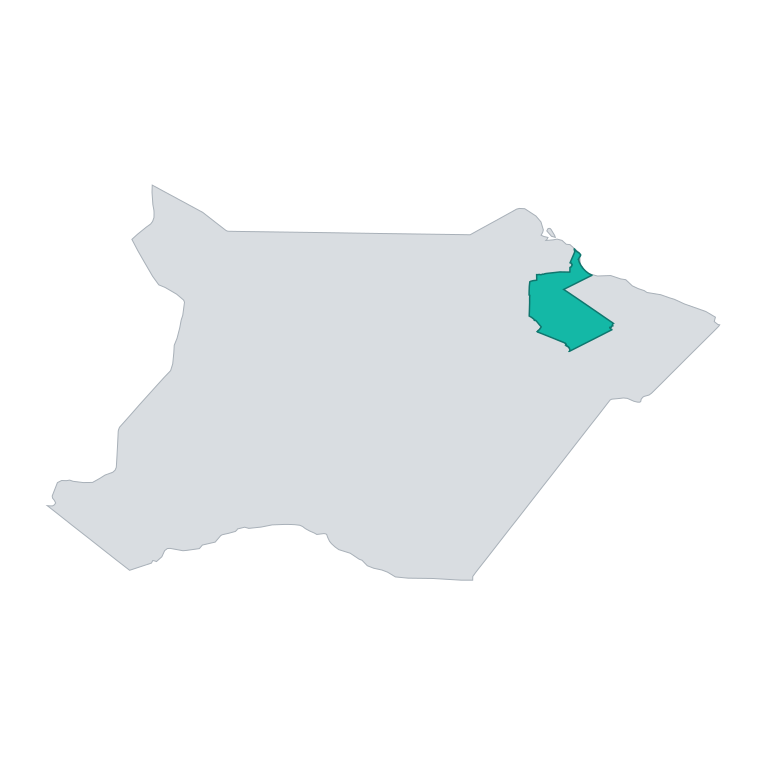 Garsen, Coast, Kenya (highlighted), rotated 271°
{"feature_id": "3690345B81879504162306", "entity_name": "Garsen", "entity_type": "district", "adm_level": 2, "iso_a3": "KEN", "parent_name": "Kenya", "parent_adm1": "Coast", "projection": "equal_earth", "projection_center": [39.873, -2.426], "detail": "fine", "context": "in_parent", "style": "filled", "palette": "teal", "viewbox_px": 768, "rotation_deg": 271, "n_neighbors": 0, "source": "geoboundaries", "source_scale": "gbopen_adm2", "svg_char_len": 6804}
<svg xmlns="http://www.w3.org/2000/svg" viewBox="0 0 768 768"><g transform="rotate(271 384 384)"><path d="M189.4,476.1L189.2,464.9L190.4,436.4L190.3,411.4L191.3,398.8L195.9,390.9L198.0,385.1L199.6,377.0L202.0,370.5L207.4,365.1L208.4,362.2L214.2,353.2L217.6,341.7L220.3,337.8L223.5,334.2L225.8,332.3L229.6,330.4L232.6,329.3L233.1,328.4L233.4,326.6L232.4,319.4L233.7,317.1L235.7,312.3L238.0,307.9L240.1,305.1L241.3,302.2L241.8,297.2L241.9,293.6L241.9,287.8L241.2,274.7L238.8,263.6L237.3,251.3L238.4,247.2L236.5,240.0L235.6,239.6L234.0,238.0L232.0,231.2L230.5,225.0L229.6,223.4L223.0,218.0L219.8,205.2L216.2,202.3L214.2,189.6L213.8,185.9L215.9,173.2L215.7,170.3L213.6,167.6L207.4,164.9L202.5,159.6L203.1,157.8L203.5,155.9L200.9,154.6L193.3,132.9L203.1,119.8L213.1,106.6L225.8,89.9L237.4,74.5L247.5,61.3L256.5,49.4L256.3,51.7L256.3,54.7L257.4,56.5L259.3,57.8L261.8,56.5L264.1,54.6L266.2,54.2L279.7,59.2L281.9,63.4L281.8,68.1L282.4,71.4L281.3,74.8L280.2,85.0L280.5,94.3L284.5,101.2L288.1,106.7L291.0,114.3L293.1,116.6L296.0,117.8L305.2,118.2L318.9,118.7L332.1,119.1L333.3,119.3L336.1,120.3L348.2,130.7L359.3,140.1L368.7,148.3L377.9,156.3L386.7,164.0L393.6,170.4L400.4,172.4L411.4,173.3L419.1,173.6L426.1,176.3L436.6,178.8L444.4,180.1L449.2,181.6L462.3,183.1L464.4,182.2L470.2,175.1L476.7,163.5L479.2,157.1L487.6,150.8L502.3,141.9L512.7,135.7L524.2,129.4L529.4,134.9L536.7,143.6L539.9,147.9L542.5,149.8L546.4,151.1L551.2,151.1L553.8,150.9L559.2,149.8L571.6,148.7L578.8,148.8L572.8,160.4L565.6,174.3L552.4,199.8L542.3,213.2L534.7,223.4L534.0,225.2L534.0,236.5L534.1,264.2L534.3,319.6L534.4,375.0L534.6,430.4L534.7,458.2L534.7,467.5L541.4,479.1L547.9,490.5L556.5,505.5L561.2,513.6L561.9,516.3L561.7,521.7L554.6,533.0L548.8,538.1L540.9,540.6L538.6,540.1L535.5,538.5L534.3,541.2L533.4,545.4L531.6,544.5L530.3,543.3L531.1,550.8L531.9,554.5L530.7,559.5L526.9,563.8L526.6,567.5L518.3,577.2L506.7,578.2L500.5,583.0L497.8,587.0L495.7,595.5L496.4,608.7L493.2,618.8L492.5,623.9L486.5,630.5L483.8,636.5L481.9,642.6L480.1,645.3L478.1,659.1L475.3,667.4L474.5,670.2L473.8,672.7L471.7,677.6L470.2,680.9L469.2,683.2L462.1,704.5L456.6,714.2L452.2,713.1L449.3,716.8L449.0,718.6L447.5,717.6L443.8,714.1L436.3,706.8L428.8,699.5L421.4,692.3L413.9,685.0L406.4,677.8L398.9,670.5L391.4,663.3L383.9,656.0L379.5,651.7L377.6,649.2L376.1,644.2L375.3,643.0L373.3,641.4L371.0,641.0L370.3,640.1L370.3,637.7L371.1,634.2L373.9,627.5L374.2,623.6L373.6,619.2L372.8,612.0L372.0,610.4L367.1,606.7L356.6,598.9L346.2,591.0L335.8,583.2L325.4,575.4L315.0,567.6L304.6,559.8L294.2,552.0L283.8,544.1L273.4,536.3L263.0,528.5L252.6,520.7L242.2,512.8L231.8,505.0L221.4,497.2L211.0,489.4L200.6,481.5L196.7,478.6L193.1,476.1L189.4,476.1ZM535.4,552.1L533.6,552.7L534.6,548.9L539.9,544.1L542.1,545.2L542.5,546.3L542.4,547.3L541.5,548.3L535.4,552.1Z" fill="#d9dde1" stroke="#a8b0b8" stroke-width="1"/><path d="M438.8,536.1L438.1,538.2L428.2,564.1L427.9,564.2L427.8,564.4L427.8,564.7L427.8,564.8L427.7,564.9L427.6,565.0L427.4,565.1L427.3,564.9L427.2,564.9L426.9,564.9L426.8,565.0L426.7,565.0L426.3,565.3L426.3,565.5L426.2,565.5L426.1,565.4L426.1,565.5L425.9,565.6L425.7,565.7L425.4,565.6L425.3,565.8L425.3,566.0L425.2,566.0L425.2,566.3L425.1,566.6L424.9,566.7L424.9,566.8L424.7,567.0L424.6,567.3L424.4,567.3L424.3,567.5L424.2,567.6L424.3,567.6L424.2,567.8L423.9,567.9L423.8,568.0L423.6,568.1L423.7,568.3L423.5,568.5L423.4,568.5L423.1,568.7L422.9,568.8L422.4,568.9L422.1,569.0L421.6,569.2L421.2,569.2L420.7,569.2L420.3,569.1L420.2,568.9L419.9,568.7L419.9,568.8L441.8,610.1L442.0,610.2L442.0,610.4L442.1,610.7L442.1,610.8L442.3,610.9L442.5,610.8L442.5,610.7L442.5,610.4L442.6,610.2L443.0,610.0L443.1,609.9L443.3,609.8L443.4,609.6L443.5,609.2L444.0,608.9L444.3,608.7L444.5,608.7L444.5,608.8L444.6,609.4L444.7,609.8L444.7,610.1L444.8,610.2L445.0,610.2L445.1,610.5L445.3,610.6L445.4,610.4L445.5,610.4L445.7,610.6L445.8,610.9L446.1,611.3L446.2,611.7L446.2,611.8L446.3,611.8L446.4,611.7L446.5,611.6L446.7,611.2L446.8,611.2L446.9,611.3L447.0,611.5L447.4,611.6L447.7,611.5L447.8,611.5L448.1,611.7L448.2,611.8L448.4,611.7L448.6,611.7L448.8,611.8L448.8,612.0L448.9,611.9L449.3,611.4L450.3,609.8L451.8,607.5L462.8,590.9L473.4,574.8L481.7,562.0L495.7,588.8L496.0,589.5L496.1,589.8L496.3,590.0L496.5,590.0L496.6,589.9L496.7,589.6L496.7,589.4L496.9,589.0L497.7,587.4L498.1,586.7L498.6,586.0L499.0,585.4L499.7,584.6L499.7,584.4L499.8,584.2L500.0,584.1L501.3,582.7L501.6,582.4L502.5,581.5L503.0,581.1L503.4,580.8L503.5,580.7L503.6,580.4L503.8,580.4L504.1,580.3L505.0,579.6L505.7,579.0L506.3,578.7L507.6,578.0L508.2,577.6L508.7,577.4L509.0,577.2L509.9,576.9L510.8,576.7L511.3,576.6L512.2,576.6L512.3,576.5L512.4,576.4L512.0,576.1L511.9,576.1L512.0,576.0L512.3,576.2L512.4,576.3L512.5,576.3L512.7,576.5L513.2,576.8L513.3,576.8L513.8,577.1L514.1,577.1L514.3,577.3L514.5,577.5L514.9,577.8L515.1,577.9L515.6,578.1L515.9,578.1L516.0,578.2L516.0,578.3L516.3,578.4L516.5,578.4L516.9,578.2L517.0,578.0L517.4,577.8L518.1,577.1L518.4,576.7L518.6,576.5L519.0,575.8L519.5,575.0L520.0,574.2L520.4,573.8L520.6,573.6L521.0,573.2L521.3,572.9L522.8,571.7L521.7,571.9L521.1,572.1L520.8,572.1L519.5,572.4L519.4,572.4L508.6,568.0L508.6,568.4L508.5,568.6L508.3,568.8L508.2,568.8L508.2,569.0L507.7,569.2L507.7,569.4L507.5,569.5L507.4,569.5L507.1,569.6L506.9,569.7L506.9,569.8L506.8,570.0L506.7,570.0L506.7,569.9L506.4,570.0L506.1,569.9L505.9,569.8L505.7,569.8L505.7,569.7L505.3,569.5L505.2,569.5L504.9,569.3L504.8,569.2L504.7,569.1L504.3,569.0L504.3,568.9L504.2,568.9L504.1,568.7L503.9,568.4L503.9,568.1L503.8,567.9L499.3,567.9L499.1,567.8L499.1,558.0L499.1,557.7L499.0,557.2L497.3,544.0L497.2,543.7L497.1,543.2L497.0,542.7L496.7,542.1L496.5,541.7L496.6,541.1L496.6,540.8L496.6,540.7L496.5,540.3L496.1,539.4L496.0,539.1L496.0,538.9L496.1,538.1L496.2,537.8L496.2,537.2L496.0,535.3L496.0,534.7L490.5,534.9L490.4,534.6L490.2,533.3L490.0,531.7L489.9,531.1L489.2,528.7L488.8,528.3L488.7,528.0L484.3,527.6L479.9,527.5L475.5,527.5L475.2,528.2L472.4,528.1L467.8,528.2L459.3,528.1L454.5,528.0L454.4,528.3L454.2,528.5L454.0,528.9L453.9,529.1L453.7,529.4L453.3,530.3L453.2,530.4L453.1,530.5L452.9,530.7L452.8,531.0L452.7,531.1L452.5,531.3L452.4,531.4L452.3,531.5L452.2,531.6L452.2,531.8L452.1,532.0L451.8,532.3L451.7,532.5L451.3,532.7L451.0,533.0L450.7,533.1L450.4,533.3L450.3,533.2L450.2,533.3L450.3,533.9L450.4,534.0L450.1,534.3L450.1,534.5L450.0,534.9L449.9,535.0L449.7,535.1L449.4,535.4L449.3,535.5L449.2,535.6L446.6,537.8L443.9,540.2L443.1,539.8L442.9,539.5L442.4,539.3L442.3,539.2L442.2,539.2L442.0,538.9L441.8,538.9L441.5,538.7L441.3,538.6L441.2,538.5L441.1,538.4L440.9,538.1L440.7,537.9L440.6,537.6L440.3,537.4L440.1,537.2L439.9,537.0L439.8,536.8L439.7,536.8L439.6,536.7L439.4,536.7L439.2,536.5L439.1,536.3L439.0,536.1L438.8,536.2L438.8,536.1Z" fill="#14b8a6" stroke="#0f766e" stroke-width="1.5"/></g></svg>